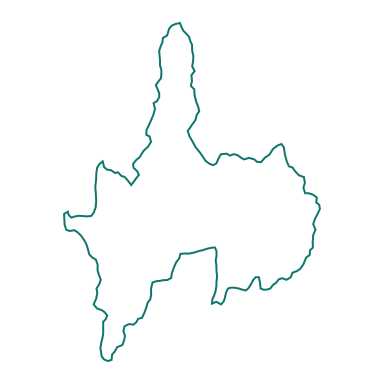 Perdões, Minas Gerais, Brazil (Equal Earth projection)
{"feature_id": "56859067B51659935012852", "entity_name": "Perdões", "entity_type": "district", "adm_level": 2, "iso_a3": "BRA", "parent_name": "Brazil", "parent_adm1": "Minas Gerais", "projection": "equal_earth", "projection_center": [-45.073, -21.063], "detail": "fine", "context": "isolated", "style": "outline", "palette": "teal", "viewbox_px": 384, "rotation_deg": 0, "n_neighbors": 0, "source": "geoboundaries", "source_scale": "gbopen_adm2", "svg_char_len": 3267}
<svg xmlns="http://www.w3.org/2000/svg" viewBox="0 0 384 384"><path d="M281.4,144.0L277.6,145.5L272.9,149.1L269.6,154.5L264.8,157.8L261.0,162.2L257.0,161.8L254.3,159.4L249.0,157.9L243.9,159.4L240.7,157.5L237.8,155.3L234.0,154.1L230.1,155.6L226.7,153.7L220.8,154.3L218.1,159.3L216.4,163.4L213.1,165.2L209.4,163.7L205.6,160.9L202.0,155.4L199.0,151.3L195.8,147.6L192.8,142.0L189.6,136.5L187.7,130.9L190.4,127.2L192.8,123.6L195.5,119.9L196.8,114.7L199.2,111.3L198.3,107.2L196.3,101.9L194.6,95.5L194.2,89.2L190.9,86.0L192.0,80.6L191.4,75.2L194.6,71.2L192.2,66.4L193.2,60.4L193.3,55.7L192.2,50.9L192.0,44.7L190.2,40.9L189.1,36.8L186.4,33.8L183.5,30.9L181.7,27.6L179.9,23.0L175.5,24.0L171.7,25.6L169.1,28.8L167.1,35.5L162.9,38.0L162.5,42.1L160.6,46.4L159.2,50.9L159.5,55.0L160.0,60.1L160.0,65.5L161.3,69.4L161.4,73.5L161.0,78.2L158.1,81.8L155.8,85.3L157.6,89.2L159.2,93.2L159.2,97.1L157.0,101.2L153.6,103.1L155.0,109.0L153.3,115.0L150.5,121.6L148.4,126.2L146.6,129.6L146.2,134.7L149.6,136.5L151.0,141.9L147.8,147.0L144.3,150.0L141.9,153.4L139.8,157.1L136.3,159.9L133.1,163.8L133.6,167.8L137.1,171.1L138.9,174.9L136.5,177.9L134.2,181.1L131.2,185.0L127.8,180.5L124.8,177.1L121.2,175.8L117.9,172.2L115.0,173.0L111.0,170.2L107.0,169.6L104.1,167.1L102.7,161.4L99.6,163.8L97.1,167.8L96.4,172.7L96.1,179.4L95.3,187.0L95.8,193.4L96.2,201.0L95.7,207.1L93.9,212.3L91.4,215.9L87.3,216.4L83.3,216.1L79.1,215.8L75.0,216.4L71.5,217.6L68.8,215.3L67.8,211.7L64.1,214.0L64.3,218.7L64.6,224.6L66.2,229.7L69.6,231.0L74.2,230.2L77.3,232.0L81.1,235.7L84.3,240.4L86.4,244.3L87.9,249.1L89.4,254.6L92.6,257.8L95.8,259.5L97.6,264.5L97.6,270.5L98.7,274.2L100.8,279.8L99.0,284.7L96.5,288.5L97.3,293.1L96.2,298.6L93.6,304.4L97.1,308.5L101.5,310.0L104.6,312.2L107.2,315.6L105.7,319.2L103.2,321.8L103.2,326.2L103.2,333.7L102.4,338.2L101.2,343.1L100.4,348.4L101.1,352.5L101.7,356.4L104.0,359.4L107.7,361.0L111.5,360.0L112.2,354.4L114.9,351.4L117.1,347.2L122.4,345.0L124.2,340.0L125.0,335.8L123.4,331.1L124.5,326.3L128.9,324.1L133.7,324.6L136.3,322.2L138.2,318.8L142.0,317.8L144.1,313.4L146.3,307.7L147.7,302.7L150.2,299.5L151.2,294.6L151.0,288.7L152.5,282.5L156.3,281.2L159.2,281.0L162.9,280.2L167.4,280.0L171.1,278.0L171.9,273.1L174.1,266.9L176.3,262.1L179.2,258.5L180.4,253.9L184.6,253.5L189.5,253.5L192.8,252.9L196.0,252.0L199.0,251.0L202.3,250.3L206.9,248.8L211.7,247.7L214.9,247.5L216.5,250.9L216.5,256.1L215.7,260.6L216.4,265.7L216.5,271.2L217.1,276.7L216.5,281.2L216.4,286.0L215.4,291.8L213.9,296.0L212.3,299.5L212.0,303.6L216.3,301.8L221.0,304.4L223.7,301.5L225.0,297.4L226.0,292.8L228.0,288.5L230.9,287.7L234.2,287.7L238.1,288.3L242.1,289.6L245.8,290.5L248.7,287.9L251.2,283.8L253.3,279.8L255.7,277.2L258.8,277.2L260.0,282.5L260.6,288.5L263.7,289.7L266.7,289.7L270.3,288.5L273.2,284.7L275.9,283.0L278.8,279.3L282.3,278.2L286.4,279.8L290.6,277.4L292.6,272.6L296.8,271.2L300.5,268.6L303.5,264.1L306.1,257.6L309.8,254.8L310.0,250.3L312.9,247.6L312.7,241.9L313.2,235.1L315.5,229.7L313.2,224.1L315.0,218.8L317.2,214.7L319.9,208.9L319.2,204.8L316.2,202.4L316.8,197.5L313.4,194.9L309.1,193.3L305.1,193.2L303.4,187.6L304.9,182.9L303.9,177.1L299.0,175.3L295.1,171.2L292.6,167.6L288.9,166.3L286.8,161.4L285.2,155.6L284.4,151.3L283.9,147.4L281.4,144.0Z" fill="none" stroke="#0f766e" stroke-width="2"/></svg>